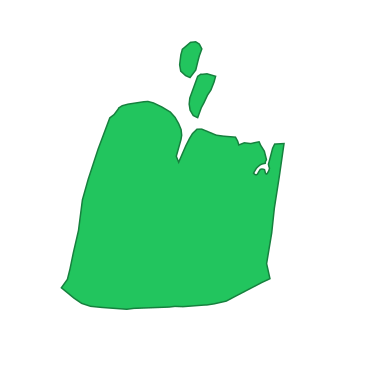 Idid 03, Palau, rotated 200°
{"feature_id": "81905179B3672705563325", "entity_name": "Idid 03", "entity_type": "district", "adm_level": 2, "iso_a3": "PLW", "parent_name": "Palau", "parent_adm1": "", "projection": "robinson", "projection_center": [134.485, 7.342], "detail": "fine", "context": "isolated", "style": "filled", "palette": "green", "viewbox_px": 384, "rotation_deg": 200, "n_neighbors": 0, "source": "geoboundaries", "source_scale": "gbopen_adm2", "svg_char_len": 1819}
<svg xmlns="http://www.w3.org/2000/svg" viewBox="0 0 384 384"><g transform="rotate(200 192 192)"><path d="M282.0,57.3L276.8,55.5L266.3,51.8L257.6,49.6L248.2,49.9L237.2,52.7L213.2,59.5L206.8,62.8L181.2,73.2L174.1,76.1L168.9,78.7L161.2,81.2L142.0,89.9L139.3,91.0L132.9,94.5L122.5,101.2L116.1,108.3L95.4,130.9L89.1,137.2L97.4,150.2L103.1,180.8L109.1,205.0L115.2,236.1L122.1,269.0L130.7,265.3L131.2,260.7L129.9,247.0L129.7,244.2L128.4,242.2L127.3,240.9L127.1,238.5L127.6,235.2L128.1,234.3L128.7,234.3L129.7,235.1L130.5,236.4L131.5,237.8L132.7,237.8L134.2,237.5L135.6,236.6L136.3,233.3L136.6,231.1L137.6,230.0L139.0,230.0L140.6,230.7L140.2,233.3L139.6,236.4L138.4,238.9L137.0,241.1L135.3,242.6L133.0,244.0L133.4,245.7L133.1,247.8L133.5,248.5L138.0,255.1L143.5,259.4L146.1,262.1L150.1,259.7L153.3,257.6L159.7,256.1L164.1,252.2L166.5,255.4L169.9,258.4L181.6,255.2L188.6,253.7L204.4,254.4L208.8,252.7L211.5,247.1L212.6,241.6L213.6,233.4L214.7,215.4L219.0,220.2L220.3,237.5L221.1,241.8L223.6,246.9L227.9,251.6L233.4,256.3L239.7,259.7L249.5,261.6L258.7,262.5L264.4,262.0L268.2,260.3L282.1,252.7L287.1,249.2L289.6,245.9L289.6,245.1L291.7,238.1L294.6,233.6L294.9,200.2L293.9,168.7L292.3,147.2L285.5,117.0L282.7,94.2L280.3,77.9L279.2,67.3L282.0,57.3ZM209.4,308.8L218.3,308.2L222.8,306.0L224.0,305.7L226.2,302.6L226.2,279.5L224.7,273.6L223.7,271.8L221.8,268.3L219.3,266.2L217.0,264.3L213.3,263.9L212.1,263.8L212.1,274.4L211.8,276.5L211.3,279.8L210.7,286.7L210.6,288.2L209.1,294.4L209.0,299.2L208.9,302.9L209.4,308.8ZM235.1,299.0L233.0,298.9L230.2,307.9L231.2,316.9L231.5,320.3L231.7,322.5L231.7,329.8L235.7,333.5L239.9,334.4L244.6,332.1L245.9,329.8L247.7,326.6L249.9,322.8L249.7,321.0L249.4,317.2L248.2,311.9L247.1,307.3L243.9,301.7L239.1,299.7L237.9,299.2L235.1,299.0Z" fill="#22c55e" stroke="#15803d" stroke-width="1.5"/></g></svg>